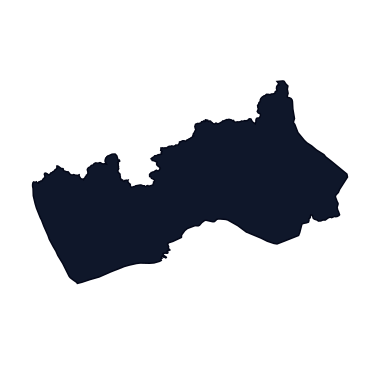 the district of Boon Neua, Phôngsali, Laos, rotated 71°
{"feature_id": "54806243B32733384276808", "entity_name": "Boon Neua", "entity_type": "district", "adm_level": 2, "iso_a3": "LAO", "parent_name": "Laos", "parent_adm1": "Phôngsali", "projection": "natural_earth1", "projection_center": [101.793, 21.686], "detail": "fine", "context": "isolated", "style": "filled", "palette": "ink", "viewbox_px": 384, "rotation_deg": 71, "n_neighbors": 0, "source": "geoboundaries", "source_scale": "gbopen_adm2", "svg_char_len": 6075}
<svg xmlns="http://www.w3.org/2000/svg" viewBox="0 0 384 384"><g transform="rotate(71 192 192)"><path d="M228.5,40.1L225.5,39.7L208.4,50.2L202.4,54.1L199.6,55.1L192.8,60.6L187.3,63.9L183.0,67.3L179.7,69.0L170.3,72.5L161.4,72.8L159.8,73.5L158.2,72.9L156.0,71.2L146.3,69.6L139.3,67.6L137.6,67.4L135.9,67.9L134.7,69.1L133.6,70.9L132.2,70.6L130.0,69.0L125.8,68.4L123.0,66.8L120.1,68.2L117.4,68.8L116.6,69.8L115.2,75.6L117.3,74.9L119.2,75.1L118.7,76.0L119.5,77.2L120.2,77.8L121.8,78.5L123.8,78.5L124.2,80.5L124.7,81.0L125.6,81.4L125.7,83.3L125.1,85.3L125.7,86.3L124.6,87.7L124.7,88.5L124.0,89.1L123.9,89.8L124.1,90.5L124.9,91.2L124.5,92.1L124.5,92.6L124.8,93.4L125.0,94.5L126.0,96.4L127.2,97.5L128.4,97.9L129.0,98.8L129.2,99.5L130.7,100.5L131.5,101.8L133.9,102.3L134.8,102.0L137.1,104.1L138.9,103.6L139.9,102.3L141.1,102.1L142.2,102.5L143.1,103.3L143.6,104.2L143.8,105.1L143.3,106.3L143.5,107.1L144.8,108.2L145.9,108.4L148.1,110.0L145.4,112.0L143.4,112.4L142.4,112.4L141.6,113.4L141.5,114.2L141.8,115.1L142.4,115.9L142.5,116.7L142.2,117.4L142.2,118.1L141.7,118.8L141.7,120.1L141.5,121.3L141.0,122.0L141.3,123.4L140.9,125.3L140.5,126.0L140.1,128.3L139.3,129.3L137.9,129.4L137.9,130.4L136.8,131.1L135.3,133.4L135.2,134.8L134.8,135.7L135.1,138.2L135.1,139.2L134.8,139.6L135.4,140.8L136.0,144.0L136.0,145.7L135.2,146.2L134.6,146.9L135.1,148.8L133.8,150.1L133.1,150.3L132.2,151.0L131.0,151.4L130.6,152.2L130.7,153.6L129.3,153.7L128.1,155.8L128.4,156.1L129.5,155.9L129.6,156.1L129.4,157.3L128.6,157.7L129.0,158.8L128.7,159.7L128.7,160.1L129.4,160.9L129.6,161.5L129.4,163.6L129.0,164.3L129.1,166.6L131.0,168.0L132.9,168.2L134.0,168.0L136.9,170.9L137.3,171.7L138.5,172.4L139.3,172.2L139.1,172.9L139.6,173.1L140.1,173.8L140.3,174.5L140.3,175.2L140.8,175.8L140.8,177.4L141.2,178.6L141.2,179.8L142.0,181.8L141.7,182.3L141.0,182.7L140.5,184.1L140.8,186.5L140.6,187.5L142.2,188.3L142.4,189.1L143.1,189.9L142.3,192.1L142.9,193.0L142.7,193.5L142.9,194.5L141.8,196.1L141.8,197.3L141.4,198.6L141.4,199.5L142.1,202.0L141.5,202.9L141.2,204.5L140.6,205.6L140.3,207.1L140.9,207.2L142.6,208.1L143.4,207.2L143.9,207.2L145.1,208.5L146.1,208.3L146.3,208.4L146.2,209.7L145.7,212.0L146.1,213.5L145.6,215.4L146.4,216.8L146.6,218.3L147.3,219.9L148.1,219.3L149.2,219.4L150.2,217.6L152.6,215.3L154.0,216.4L155.5,216.3L156.3,215.7L157.0,215.5L157.7,214.7L159.2,214.2L159.6,214.9L160.3,215.3L161.1,216.9L160.9,217.5L159.8,218.6L160.2,220.6L160.6,221.1L160.3,222.6L160.5,223.2L160.3,224.3L161.0,224.8L161.1,225.7L161.6,226.4L162.4,226.7L162.9,226.7L163.6,227.0L164.4,225.9L165.8,225.9L167.4,224.2L168.5,223.5L169.7,224.0L170.1,225.2L171.0,225.2L171.7,226.1L172.6,226.6L172.6,229.2L172.4,229.6L172.8,230.7L172.5,231.1L171.5,231.6L171.4,232.7L171.8,233.7L171.8,234.1L171.5,234.7L170.6,235.0L170.1,236.5L169.1,237.4L168.5,238.6L167.8,243.3L168.2,244.6L167.9,245.6L168.0,246.9L167.9,248.0L165.5,248.3L164.6,247.8L164.1,248.4L163.5,248.5L162.8,249.0L161.9,249.2L160.7,249.1L160.0,248.6L160.0,249.2L159.4,250.3L159.4,251.1L159.2,251.7L159.8,252.9L159.2,253.5L158.0,253.7L157.4,255.1L156.6,254.9L154.8,255.2L154.4,254.8L152.5,254.6L151.7,254.2L150.3,255.0L149.7,255.0L149.3,255.4L148.5,255.3L147.6,255.4L146.9,254.4L145.8,253.6L145.0,253.7L143.8,253.1L142.2,253.1L141.7,252.6L140.7,252.3L140.0,252.6L139.6,252.0L139.4,250.4L139.2,250.3L138.1,250.3L137.8,251.2L137.4,251.5L133.4,251.3L131.2,252.2L130.8,253.1L130.2,255.3L130.6,259.2L130.5,260.0L130.8,260.5L130.9,261.1L131.6,261.5L131.7,262.4L133.5,263.7L134.6,264.2L137.8,263.8L136.7,265.4L136.7,266.5L136.0,267.8L134.5,269.0L134.1,270.2L134.3,270.7L134.1,271.7L133.1,273.6L133.3,275.3L134.3,276.9L134.1,278.5L135.3,280.7L135.2,281.4L135.3,282.0L136.1,283.2L136.9,283.8L139.1,283.9L140.8,284.5L141.6,285.7L141.7,286.4L142.4,286.8L143.1,288.1L144.1,289.0L144.2,289.9L145.1,290.6L144.1,291.4L143.3,292.8L140.2,293.5L139.0,293.1L139.0,295.1L138.4,296.0L138.2,296.7L137.0,298.2L137.0,299.7L136.5,300.7L135.8,301.1L135.5,301.7L133.6,302.1L132.5,302.6L132.5,303.1L132.0,303.8L131.8,304.6L130.9,305.3L130.5,306.1L129.5,306.5L128.3,306.2L127.9,306.4L127.1,308.1L124.5,309.8L123.8,310.4L123.4,311.2L124.4,311.7L125.4,311.8L126.3,313.4L126.4,314.3L127.4,315.6L127.6,317.1L128.1,318.1L128.0,319.3L129.3,321.1L129.0,322.1L128.4,322.6L127.9,322.7L127.7,323.1L126.5,324.1L126.4,325.3L127.4,325.9L128.3,325.8L130.3,326.3L131.0,328.2L132.5,330.1L132.6,330.7L132.4,331.6L132.7,332.3L132.5,333.4L133.6,334.2L132.8,335.5L131.7,335.8L131.8,337.0L130.9,338.5L131.6,339.5L133.1,340.3L134.5,340.8L137.1,341.2L143.9,343.3L152.0,344.1L156.6,344.3L167.0,343.8L169.4,343.4L176.0,343.2L186.1,342.3L190.3,342.3L198.3,341.0L203.6,339.9L208.4,339.5L217.4,337.5L231.8,335.6L233.4,335.0L236.3,333.1L240.0,330.4L241.1,330.2L241.5,325.5L241.6,316.7L242.1,307.4L241.1,295.5L240.4,280.2L240.7,275.2L241.5,267.9L242.3,264.1L245.5,255.5L246.7,251.0L247.0,245.3L246.7,243.4L246.3,243.5L245.1,243.0L244.8,241.8L243.7,242.2L242.7,241.0L243.0,240.7L244.4,240.0L244.6,239.8L244.7,238.6L245.4,238.6L245.7,238.4L245.6,237.6L245.1,237.6L242.6,239.5L241.0,239.6L240.6,239.1L241.0,238.0L241.0,237.1L241.5,236.4L241.9,235.0L241.5,234.5L239.9,234.9L239.5,234.6L239.5,234.1L239.8,233.7L239.6,231.8L239.1,231.9L238.0,232.6L237.5,232.7L236.1,231.9L233.4,232.1L233.1,231.5L232.5,231.3L232.4,230.8L232.5,226.2L231.5,216.8L229.2,215.8L226.1,211.3L225.0,208.2L224.8,200.1L226.0,197.2L225.9,195.8L224.1,192.7L223.0,189.1L223.4,187.7L226.7,182.4L227.3,180.8L226.9,179.4L226.0,177.6L226.0,176.2L226.7,174.1L228.8,169.3L230.0,167.4L238.8,159.6L247.5,153.7L258.2,141.6L263.0,136.9L267.3,131.3L268.8,128.5L268.5,120.6L267.8,105.4L265.5,103.4L258.1,98.5L258.0,96.6L258.4,94.0L258.4,91.7L257.2,90.8L255.4,90.1L255.1,89.7L255.1,89.1L254.6,88.5L252.4,87.3L252.4,86.9L253.2,85.8L256.4,85.9L257.5,85.1L259.4,82.7L260.6,82.0L261.3,79.6L261.1,77.4L261.9,75.1L260.9,71.9L260.7,70.5L261.1,68.9L261.7,68.3L261.5,65.2L262.1,64.3L262.4,62.7L262.1,60.8L261.6,59.9L258.4,59.9L256.4,60.1L253.8,59.8L251.1,57.9L250.2,57.6L248.4,57.9L243.1,58.0L241.7,56.9L240.0,53.7L237.6,51.6L228.5,40.1Z" fill="#0f172a" stroke="#020617" stroke-width="1.5"/></g></svg>